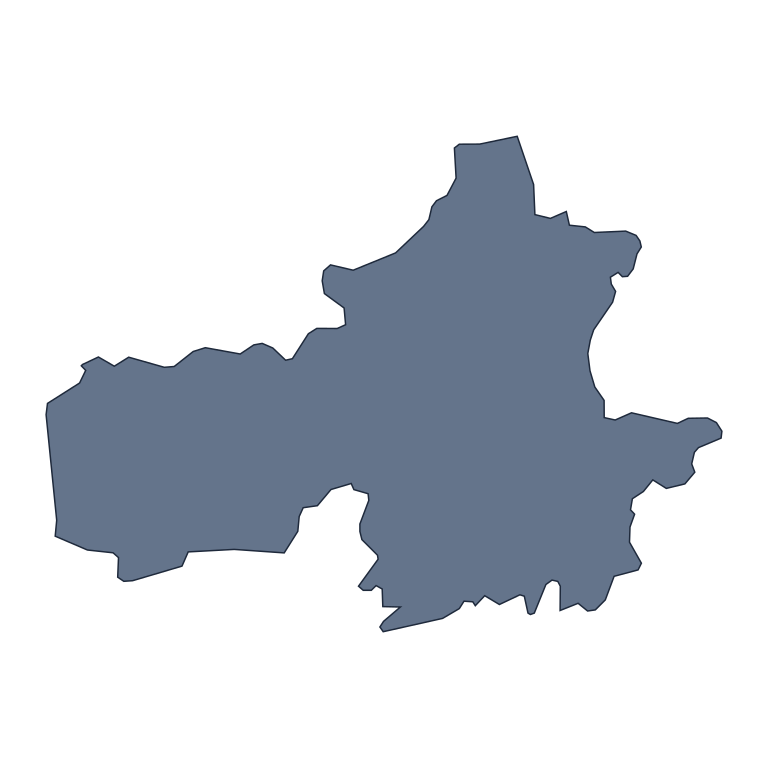 Akciabrski, Gomel, Belarus (Albers equal-area conic projection)
{"feature_id": "67162791B76840313346110", "entity_name": "Akciabrski", "entity_type": "district", "adm_level": 2, "iso_a3": "BLR", "parent_name": "Belarus", "parent_adm1": "Gomel", "projection": "albers", "projection_center": [28.984, 52.671], "detail": "medium", "context": "isolated", "style": "filled", "palette": "slate", "viewbox_px": 768, "rotation_deg": 0, "n_neighbors": 0, "source": "geoboundaries", "source_scale": "gbopen_adm2", "svg_char_len": 1909}
<svg xmlns="http://www.w3.org/2000/svg" viewBox="0 0 768 768"><path d="M55.2,536.2L87.4,550.0L113.1,552.8L118.5,557.6L117.7,577.2L123.8,581.3L132.6,580.7L182.0,566.1L188.2,551.9L234.2,549.4L284.2,552.9L297.8,531.3L299.2,516.5L303.2,507.7L317.4,505.7L331.0,489.5L351.2,483.5L353.9,489.6L368.1,493.7L368.8,500.4L359.9,524.0L359.9,531.5L361.9,539.6L377.5,555.2L378.1,559.2L358.5,586.2L363.2,590.3L371.3,590.3L376.1,585.6L382.2,589.0L382.8,606.6L400.4,607.0L383.5,621.4L379.9,627.0L383.2,631.7L442.6,618.4L459.3,608.6L464.0,601.2L472.8,601.8L475.3,605.7L484.7,595.7L499.4,604.5L519.9,594.8L524.3,596.2L528.0,613.1L530.4,614.5L534.3,613.1L545.9,584.5L552.0,580.1L557.8,581.4L560.3,586.2L560.1,610.5L578.1,603.3L587.6,611.0L595.3,609.9L605.3,599.9L614.1,576.3L638.1,569.9L641.4,563.2L629.5,542.2L630.0,527.0L634.6,514.2L630.5,509.8L632.4,498.7L643.4,491.5L652.8,479.9L666.3,488.4L684.9,483.9L694.8,472.2L691.7,463.9L694.4,452.3L698.5,447.6L721.1,438.1L721.9,431.2L716.4,422.6L707.5,418.0L688.2,418.3L677.4,423.4L631.5,412.8L615.2,420.0L604.2,417.6L604.1,400.4L594.8,387.0L590.0,370.8L587.8,353.5L590.3,340.1L593.7,329.8L612.6,302.2L615.6,291.4L611.3,284.1L610.4,277.2L618.1,272.4L622.4,276.7L627.6,276.3L633.2,268.9L637.0,253.9L641.3,247.0L639.9,241.0L636.1,235.4L625.7,231.1L594.3,232.5L585.3,226.9L569.4,225.2L566.3,211.5L550.4,218.4L534.9,214.6L533.6,184.5L517.2,136.3L479.6,144.1L459.3,144.2L454.4,148.0L456.1,178.1L447.0,195.4L436.5,200.7L431.9,206.8L428.9,219.6L423.6,226.4L395.6,252.9L353.2,270.2L330.5,264.9L323.7,270.9L322.2,280.8L324.4,293.6L344.1,308.0L345.6,324.7L337.2,328.5L316.8,328.4L308.4,333.7L292.4,358.7L285.6,360.2L272.8,348.0L262.2,343.4L253.8,344.9L240.2,354.0L205.3,347.7L193.2,351.5L174.2,366.5L164.3,367.3L128.7,357.2L114.3,366.2L98.4,357.0L82.5,364.5L81.3,365.8L85.7,370.4L79.6,383.0L47.5,403.4L46.1,414.7L56.7,520.3L55.2,536.2Z" fill="#64748b" stroke="#1e293b" stroke-width="1.5"/></svg>